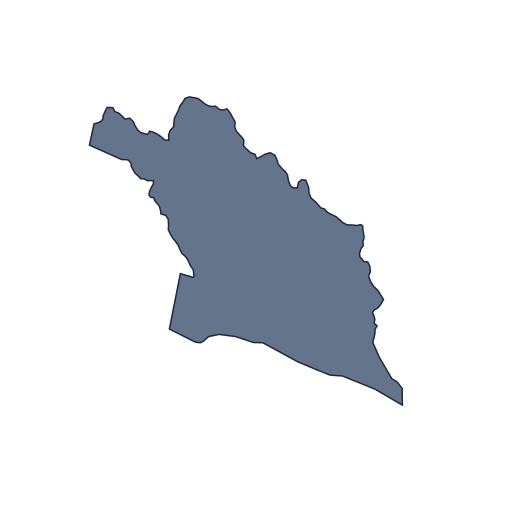 Setiu, Terengganu, Malaysia, rotated 155°
{"feature_id": "92858781B44112931825428", "entity_name": "Setiu", "entity_type": "district", "adm_level": 2, "iso_a3": "MYS", "parent_name": "Malaysia", "parent_adm1": "Terengganu", "projection": "equal_earth", "projection_center": [102.786, 5.461], "detail": "fine", "context": "isolated", "style": "filled", "palette": "slate", "viewbox_px": 512, "rotation_deg": 155, "n_neighbors": 0, "source": "geoboundaries", "source_scale": "gbopen_adm2", "svg_char_len": 2385}
<svg xmlns="http://www.w3.org/2000/svg" viewBox="0 0 512 512"><g transform="rotate(155 256 256)"><path d="M360.1,426.9L355.8,421.9L337.0,400.2L332.0,397.7L330.6,395.6L330.2,392.9L331.2,389.7L330.6,382.2L328.6,377.3L327.8,374.6L325.6,373.8L324.2,372.5L322.6,370.1L319.2,368.7L317.2,367.4L318.6,364.7L322.0,362.3L324.6,360.1L325.6,359.1L327.2,356.6L326.6,353.7L324.2,352.3L324.2,348.0L322.6,342.7L323.2,337.8L324.4,334.3L320.6,330.9L320.0,326.6L322.2,320.9L324.4,316.9L324.4,311.8L323.8,307.2L322.8,302.9L322.0,298.4L322.2,293.5L322.0,289.5L320.3,285.7L319.5,282.0L319.5,278.5L319.5,274.2L318.7,270.4L319.5,267.5L320.9,263.7L322.0,263.2L332.0,272.0L365.4,226.4L347.2,203.4L343.1,200.9L340.0,200.9L337.5,201.7L332.8,203.0L322.5,200.5L308.7,191.7L294.9,178.7L286.5,174.5L262.7,142.2L247.0,125.0L239.5,117.0L233.6,113.6L228.3,110.7L204.5,85.1L186.0,58.4L186.3,59.1L179.5,74.2L181.3,82.2L184.8,87.6L187.0,111.5L186.7,128.3L183.2,132.5L181.0,135.5L179.1,139.2L175.8,141.5L177.4,145.3L175.2,148.0L174.4,151.7L174.4,155.2L171.9,157.1L167.5,157.4L165.1,158.5L162.9,159.8L158.8,162.7L160.1,173.2L162.2,178.7L162.9,184.1L162.6,190.0L159.1,193.3L157.2,198.4L157.2,203.4L160.4,205.1L162.2,211.4L161.0,214.7L157.5,218.5L154.7,219.8L152.9,224.0L150.3,226.9L149.1,230.7L148.2,234.0L146.6,238.2L147.7,240.1L152.2,241.2L155.4,243.3L160.4,245.8L163.5,250.0L164.7,253.3L166.9,257.9L169.7,261.3L172.6,265.1L174.1,269.7L176.9,272.2L179.1,279.8L181.6,285.2L181.3,290.7L179.4,295.7L178.8,303.7L182.3,305.8L186.3,304.9L189.8,300.3L193.5,302.0L195.1,304.9L194.8,310.4L193.2,316.3L193.8,320.1L195.4,323.8L197.0,329.7L196.3,334.7L196.3,339.4L199.5,343.6L204.5,344.4L209.2,344.0L214.2,344.0L213.9,348.6L217.3,352.0L219.5,357.4L220.8,361.2L218.2,365.8L218.2,367.9L221.1,377.6L220.8,381.8L218.2,386.4L218.6,390.2L218.9,396.5L220.1,401.5L224.2,402.3L227.3,404.4L229.5,409.0L233.3,410.3L236.1,412.8L238.0,415.3L239.8,419.1L242.0,423.3L249.2,428.4L253.9,428.8L256.1,427.1L261.4,424.2L264.3,421.2L269.0,417.4L271.8,415.3L276.2,407.8L280.8,406.1L284.0,402.7L286.2,397.7L289.6,399.8L291.5,404.0L293.7,407.8L296.2,411.1L299.6,414.1L302.8,412.0L308.4,416.6L310.0,420.4L310.6,425.0L310.3,429.2L312.1,434.2L316.8,435.5L318.1,438.9L320.0,443.5L322.8,446.4L323.1,451.0L328.1,453.6L330.9,451.5L335.3,447.7L336.9,444.7L340.0,443.5L342.8,443.5L346.9,444.3L360.1,426.9Z" fill="#64748b" stroke="#1e293b" stroke-width="1.5"/></g></svg>